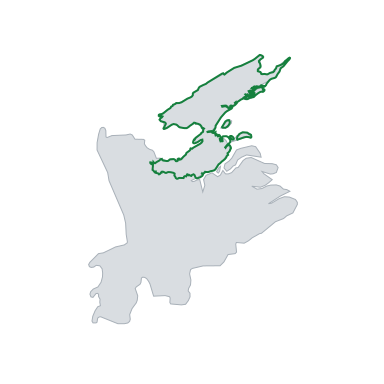 Chittagong highlighted on a map of Bangladesh, rotated 248°
{"feature_id": "BGD-2476", "entity_name": "Chittagong", "entity_type": "Division", "adm_level": 1, "iso_a3": "BGD", "parent_name": "Bangladesh", "parent_adm1": "", "projection": "orthographic", "projection_center": [91.588, 22.498], "detail": "fine", "context": "in_parent", "style": "outline", "palette": "green", "viewbox_px": 384, "rotation_deg": 248, "n_neighbors": 0, "source": "natural_earth", "source_scale": "10m", "svg_char_len": 9771}
<svg xmlns="http://www.w3.org/2000/svg" viewBox="0 0 384 384"><g transform="rotate(248 192 192)"><path d="M133.1,267.0L133.2,258.3L127.7,240.9L128.1,239.1L127.0,230.7L125.6,226.1L125.0,221.2L128.6,214.2L127.2,213.0L119.6,210.8L118.7,208.9L120.5,202.0L115.2,195.4L113.1,190.4L119.3,174.7L121.0,163.8L120.6,161.6L117.0,159.1L110.8,158.0L106.4,155.8L103.8,152.7L101.7,151.4L98.9,152.2L95.5,150.9L92.6,147.8L90.3,144.0L91.3,139.9L96.2,130.3L97.9,130.1L101.8,132.0L103.3,132.0L106.0,128.3L109.8,117.4L122.5,118.6L125.6,118.3L128.7,117.5L130.5,116.2L131.5,114.4L131.2,112.9L127.3,110.8L125.9,109.2L124.9,104.8L123.8,103.2L116.1,102.8L112.2,100.7L110.1,98.8L106.4,92.8L101.7,88.3L97.2,87.1L95.4,85.7L94.6,83.4L95.2,80.1L97.7,73.9L110.5,60.6L110.9,59.1L110.4,57.3L106.8,55.1L106.6,54.0L107.7,51.2L109.8,50.9L114.0,53.5L118.3,57.8L120.9,61.6L120.9,64.5L124.3,65.2L127.1,66.6L130.1,66.2L132.0,67.0L133.3,66.7L133.8,65.0L131.4,60.7L132.6,59.0L135.5,59.1L137.5,60.7L139.0,64.1L139.2,69.2L142.4,73.9L146.8,77.2L150.3,78.8L154.5,79.9L158.1,78.9L159.9,75.7L159.2,72.8L159.8,70.3L161.2,68.9L163.5,69.0L165.1,71.0L169.9,82.2L168.8,87.0L169.7,100.5L168.3,109.4L169.1,112.8L169.9,113.4L177.3,115.1L188.0,118.8L196.2,120.1L233.5,119.3L241.6,121.1L266.5,119.7L273.3,122.5L280.6,127.1L284.8,130.5L285.6,132.5L285.1,134.1L283.7,135.1L281.2,135.1L275.3,132.9L274.3,133.6L274.3,138.9L269.6,152.2L268.9,156.4L267.2,158.0L262.3,158.9L259.0,166.7L257.7,167.6L254.5,165.9L252.4,166.2L249.9,166.9L247.4,168.7L245.6,170.9L243.6,171.7L236.6,171.6L235.3,175.2L230.7,179.9L227.5,192.4L227.7,196.2L231.6,206.2L234.3,219.2L235.3,220.5L236.6,220.7L236.7,214.7L238.0,213.9L239.6,214.6L242.9,222.6L244.8,224.7L247.7,225.2L251.1,224.0L253.6,221.7L254.6,219.1L253.7,210.4L255.3,206.9L261.0,201.5L261.8,199.9L261.4,191.2L263.6,190.9L266.5,191.6L270.1,189.5L271.2,189.4L272.8,191.7L275.4,191.3L279.4,208.6L279.7,220.8L280.7,227.6L282.1,229.1L286.5,239.3L290.8,275.2L291.4,298.0L293.2,305.7L291.8,307.5L290.4,307.8L289.0,305.1L279.7,299.4L277.4,300.0L274.2,303.3L272.9,306.5L273.5,310.8L274.5,315.1L276.8,317.6L277.0,320.3L279.5,330.6L278.8,330.6L273.6,321.3L267.4,312.2L265.3,295.7L265.2,287.6L260.9,278.1L256.9,261.4L258.6,255.5L255.7,258.1L251.0,248.1L243.8,238.3L241.6,234.0L241.6,229.8L238.4,234.0L234.2,237.0L229.8,241.5L226.9,242.8L217.8,243.6L212.5,237.6L205.0,222.9L204.0,219.6L205.1,211.0L203.4,202.8L202.9,195.6L201.5,196.2L201.0,198.2L201.3,201.3L200.7,203.8L188.0,202.0L193.4,206.4L199.2,207.4L202.2,211.3L202.3,217.7L196.6,221.5L197.1,224.7L200.4,228.7L196.3,229.8L195.2,232.3L195.1,236.0L197.9,241.7L197.4,243.9L202.1,251.3L203.0,254.9L201.8,259.8L191.3,269.9L188.2,277.0L185.6,280.4L182.4,281.0L178.5,277.5L178.5,274.0L179.3,271.3L184.8,264.6L181.9,265.5L173.4,271.0L171.8,266.4L170.8,262.3L170.8,257.2L175.0,249.6L170.3,253.3L169.0,258.1L169.5,263.7L168.9,267.6L167.0,272.8L164.5,275.9L160.5,277.8L158.7,280.8L156.0,283.0L155.2,272.6L152.5,258.5L151.8,261.5L153.2,270.3L153.0,275.9L150.8,280.4L146.3,285.1L143.0,285.8L141.0,285.0L134.8,277.7L134.4,270.8L133.1,267.0ZM210.2,268.0L202.4,269.7L198.4,269.1L205.9,256.5L205.7,250.9L204.6,246.3L200.8,242.5L200.7,239.9L199.0,236.3L198.2,232.0L202.3,230.7L205.7,233.1L206.8,237.9L208.5,241.6L214.3,249.0L214.2,253.5L212.5,264.7L210.2,268.0ZM226.8,264.0L222.1,267.3L223.7,247.4L227.2,254.8L228.1,258.8L226.8,264.0ZM245.0,254.0L242.9,255.4L241.0,254.2L238.5,249.5L239.7,243.6L240.5,242.7L243.5,248.8L245.0,254.0ZM262.5,296.1L259.8,296.4L258.5,294.9L259.1,292.9L258.4,286.5L261.8,285.8L263.1,291.2L262.5,296.1ZM259.5,278.0L257.5,284.5L256.7,281.6L258.1,276.0L259.5,278.0ZM204.4,225.9L205.1,228.0L200.8,225.3L199.7,223.4L201.6,222.4L204.4,225.9Z" fill="#d9dde1" stroke="#a8b0b8" stroke-width="1"/><path d="M291.9,300.2L293.7,306.1L293.3,306.9L292.4,307.8L291.4,308.5L290.5,308.6L289.9,308.0L289.3,305.0L288.4,303.1L287.2,302.8L285.7,303.2L283.8,303.0L282.8,302.7L281.9,302.0L281.3,299.6L280.7,298.8L279.3,298.3L277.6,300.4L275.4,300.5L274.9,301.4L274.3,303.5L273.1,305.3L272.8,306.1L273.2,309.0L272.7,312.1L273.3,313.6L274.4,314.6L275.0,316.1L276.8,317.6L276.5,321.5L276.7,323.4L277.1,325.2L278.7,327.7L278.8,328.6L279.9,331.7L280.0,332.8L279.6,333.1L279.3,333.0L278.5,332.0L277.4,329.5L274.3,323.9L273.6,320.8L273.3,320.3L270.9,318.3L269.2,315.5L267.2,313.1L266.9,312.4L266.8,311.3L267.2,308.2L266.9,306.2L264.4,301.6L263.5,300.9L262.7,299.3L262.6,298.5L263.2,298.8L264.1,297.1L264.8,296.5L265.6,296.8L265.1,296.3L264.6,295.4L264.4,293.5L265.8,291.7L265.6,290.9L266.4,289.7L266.2,289.3L266.5,288.8L266.4,288.4L265.8,288.0L266.1,286.6L265.9,286.3L265.6,286.9L265.9,286.9L265.4,288.6L264.8,289.3L264.1,289.3L263.7,288.7L264.1,286.6L263.8,286.6L263.5,287.5L263.1,287.4L262.5,286.1L262.7,285.0L263.7,284.6L264.3,284.0L264.1,283.7L263.3,284.2L263.0,283.8L263.3,283.1L264.3,282.6L264.3,282.3L262.3,282.5L260.7,283.0L260.3,282.6L260.3,281.4L260.8,280.4L261.6,280.0L261.3,279.5L261.4,279.0L262.5,278.4L262.5,278.0L261.6,278.3L261.0,279.1L260.5,277.5L260.2,275.1L259.4,273.9L259.4,272.1L258.3,267.2L258.2,265.5L258.8,265.8L258.6,265.2L258.2,265.3L257.9,265.9L257.9,266.8L257.6,266.8L256.7,264.9L256.4,263.8L256.3,262.6L256.6,261.8L257.6,260.6L257.5,259.8L256.3,258.9L256.2,257.7L257.0,257.1L259.1,256.2L259.6,255.4L260.6,252.0L259.7,252.0L259.2,254.6L259.2,254.9L257.8,256.3L255.7,257.4L255.4,257.9L255.5,258.7L257.0,259.5L257.0,260.5L256.2,261.1L255.2,261.0L254.5,259.9L253.8,254.4L253.3,252.6L250.3,246.7L244.6,238.7L243.2,238.1L242.4,237.4L241.4,235.8L241.1,236.0L240.8,235.7L240.5,234.6L240.6,234.0L241.0,233.4L242.0,230.0L242.0,228.9L241.7,228.9L240.8,232.3L240.3,232.8L239.3,233.1L238.7,233.9L238.5,235.0L238.6,236.1L237.3,235.3L235.6,235.1L235.6,235.5L236.5,235.7L236.7,236.2L236.2,236.6L233.1,236.9L235.0,237.7L234.9,238.4L234.3,238.8L232.9,239.1L231.1,238.8L231.0,237.7L229.8,237.4L228.3,237.4L228.3,237.7L228.9,238.2L229.1,238.8L228.7,239.1L227.7,239.1L227.7,239.4L231.5,240.6L232.0,241.6L231.8,242.2L230.9,244.7L230.0,245.6L229.2,246.2L225.8,247.0L224.1,246.2L223.3,244.9L222.8,242.8L221.0,239.5L220.4,239.7L221.0,240.4L221.6,241.7L222.0,243.1L221.9,244.0L221.0,244.5L219.5,244.7L218.2,244.6L217.6,244.2L217.3,243.5L216.1,242.6L215.0,240.8L214.7,239.5L214.2,239.3L212.9,239.4L212.2,237.4L211.1,236.6L210.8,235.8L210.2,234.9L209.5,232.7L209.1,231.1L208.1,228.7L207.7,227.0L204.3,222.3L203.8,221.0L203.8,219.9L204.3,217.0L204.4,215.0L204.6,214.0L205.5,212.1L205.3,211.2L205.6,211.2L204.9,209.7L204.8,209.0L205.3,208.6L205.0,208.5L205.0,208.2L203.9,208.6L203.1,207.6L202.6,205.3L202.7,202.4L203.1,201.3L204.2,200.7L206.7,200.7L207.8,200.1L207.8,198.4L207.6,197.7L207.2,197.4L207.6,196.8L209.0,195.7L208.7,195.2L208.9,194.7L210.1,194.4L210.2,194.1L208.7,192.4L209.1,192.0L209.4,191.0L209.2,190.4L208.1,189.4L209.8,185.5L209.9,184.8L209.7,183.8L209.9,183.0L211.0,182.2L212.6,182.2L213.8,181.8L215.6,182.8L216.7,182.0L218.3,179.7L219.3,177.7L219.5,176.5L219.3,175.6L219.7,174.5L220.9,173.5L221.8,172.6L222.1,171.5L221.3,171.0L221.6,170.3L220.8,169.2L220.7,168.0L222.0,167.5L223.4,165.5L224.0,166.0L224.6,166.1L224.7,164.7L226.7,164.1L227.3,163.7L230.9,165.6L232.0,165.8L233.7,164.4L234.5,164.2L235.1,164.4L234.9,165.0L232.8,166.5L234.4,167.4L232.9,167.9L232.5,168.6L233.0,170.2L233.4,173.3L233.6,174.1L234.2,174.9L234.0,176.4L233.3,176.3L232.5,176.6L231.9,177.2L230.0,180.5L229.8,181.8L230.5,183.5L230.4,184.4L229.5,187.1L229.0,187.8L228.2,188.3L226.7,188.6L226.2,189.5L226.4,190.6L227.9,191.2L228.1,191.9L227.7,192.7L226.6,192.7L226.4,193.9L226.6,194.7L227.9,197.2L229.0,200.4L230.1,201.2L230.4,201.7L231.3,205.3L231.8,206.2L232.9,206.8L233.0,207.1L232.1,208.4L232.6,209.6L233.6,217.4L234.2,219.4L235.2,220.8L236.7,221.2L236.9,219.6L236.1,215.6L236.1,213.5L236.3,212.3L236.8,211.6L237.8,211.6L238.6,212.3L239.6,213.9L239.8,213.5L240.1,213.9L240.1,214.7L240.8,215.4L242.6,222.1L243.2,222.6L243.5,224.5L244.1,225.1L245.8,225.8L246.3,226.9L247.0,226.5L247.6,225.3L248.0,225.1L249.0,225.4L251.1,224.8L251.6,224.5L253.0,223.1L253.8,221.9L253.8,221.3L254.0,221.1L254.7,221.1L255.5,219.9L254.8,217.9L254.1,214.6L253.5,213.1L253.2,211.1L254.1,208.8L256.5,204.9L257.2,204.3L259.7,203.2L260.4,202.7L261.9,200.4L262.0,198.5L260.8,192.9L260.8,191.1L260.8,190.0L261.1,189.4L261.7,189.4L264.7,193.0L265.4,193.4L266.4,193.1L267.2,192.4L269.3,189.6L271.2,189.0L272.1,190.3L272.5,192.1L273.1,193.0L273.8,192.3L274.3,190.1L275.1,189.7L276.0,190.2L276.1,191.2L275.6,193.2L275.7,194.8L277.4,200.3L277.9,203.4L279.0,204.7L279.0,206.1L280.0,207.1L279.9,209.0L280.4,210.7L279.3,213.3L279.1,215.9L280.3,222.7L280.3,226.1L280.6,227.7L281.4,229.0L282.9,229.6L283.6,230.4L284.3,235.6L286.0,237.3L286.5,238.1L286.7,238.8L287.0,242.5L287.0,245.3L287.7,247.6L290.5,264.2L290.4,265.4L289.3,265.6L288.7,266.1L289.8,269.4L291.3,277.7L290.6,285.1L291.4,297.8L291.9,300.2ZM226.8,255.2L227.1,256.4L227.8,257.0L228.2,258.8L228.4,261.4L226.4,265.4L224.8,266.6L224.3,266.7L223.8,267.5L222.9,268.1L221.1,267.8L220.6,267.5L220.3,266.8L221.6,265.2L222.7,263.2L223.2,260.8L223.5,253.7L224.3,253.6L225.8,254.4L226.8,255.2ZM261.9,283.0L262.0,286.2L263.7,289.4L264.1,291.3L263.5,295.4L263.1,296.2L260.1,296.2L260.3,297.2L259.8,297.5L259.3,297.4L258.7,296.8L258.3,295.6L258.3,295.2L259.0,294.2L259.2,292.6L258.9,290.6L258.0,287.4L258.2,285.7L259.1,284.3L259.6,284.3L260.2,284.8L260.4,285.4L259.8,287.6L260.5,286.8L260.7,285.6L260.7,284.4L260.4,283.3L261.9,283.0ZM241.0,244.2L244.9,249.4L245.3,251.5L244.9,253.1L242.8,253.3L241.4,252.5L240.0,250.6L239.3,248.7L239.0,247.1L240.1,244.7L241.0,244.2ZM259.8,278.9L259.6,279.7L259.0,280.9L258.6,282.6L257.7,285.2L257.3,285.7L256.9,284.8L257.6,280.8L257.3,278.4L257.8,276.9L258.8,275.7L259.1,276.0L259.8,278.9ZM225.7,248.8L229.1,247.6L229.6,248.5L229.1,249.7L227.3,250.7L226.1,250.8L225.2,250.2L225.7,248.8Z" fill="none" stroke="#15803d" stroke-width="2"/></g></svg>